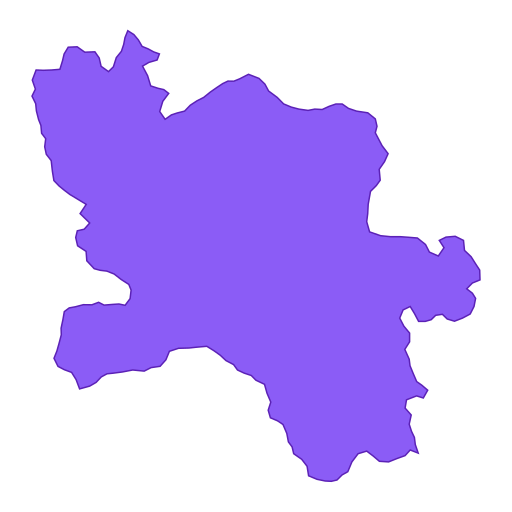 Porto Firme, Minas Gerais, Brazil (orthographic projection)
{"feature_id": "56859067B44651829175554", "entity_name": "Porto Firme", "entity_type": "district", "adm_level": 2, "iso_a3": "BRA", "parent_name": "Brazil", "parent_adm1": "Minas Gerais", "projection": "orthographic", "projection_center": [-43.082, -20.666], "detail": "fine", "context": "isolated", "style": "filled", "palette": "violet", "viewbox_px": 512, "rotation_deg": 0, "n_neighbors": 0, "source": "geoboundaries", "source_scale": "gbopen_adm2", "svg_char_len": 2988}
<svg xmlns="http://www.w3.org/2000/svg" viewBox="0 0 512 512"><path d="M127.8,30.7L125.0,37.6L123.7,44.4L121.4,51.3L116.3,57.6L113.4,66.8L108.5,71.6L101.1,66.3L99.2,58.0L94.9,51.8L84.8,52.2L77.2,46.8L68.2,47.2L64.1,54.0L62.5,60.8L59.9,69.3L51.6,70.0L43.4,70.3L36.1,70.0L32.3,80.1L35.4,89.1L32.0,96.1L35.7,103.7L36.4,110.9L38.6,119.6L40.9,125.4L41.6,133.3L45.7,138.7L44.7,146.8L46.3,154.3L51.2,160.6L52.4,171.3L53.9,180.6L59.1,186.0L64.1,190.1L69.9,194.5L78.2,199.5L86.2,204.4L80.1,213.6L84.8,218.2L89.7,223.0L84.2,229.2L77.3,230.8L75.7,237.5L77.6,245.8L86.1,251.4L86.8,260.8L94.2,268.7L100.2,270.3L106.8,271.1L114.1,274.0L121.2,279.5L128.8,284.4L131.1,290.1L130.1,298.6L125.1,305.3L119.0,304.0L112.7,304.4L104.1,305.1L98.6,302.3L91.9,304.8L83.3,304.7L75.3,306.8L69.2,307.9L64.3,311.6L62.9,319.7L61.1,328.2L61.3,334.8L59.1,343.2L56.9,351.0L54.0,358.3L58.0,366.4L64.3,369.7L71.6,372.4L76.1,379.6L79.6,388.9L89.7,386.1L96.1,382.4L101.3,376.9L107.0,373.8L112.9,373.2L122.2,372.0L132.7,370.0L144.2,371.1L151.1,367.6L160.1,366.3L165.9,359.8L169.4,351.3L178.5,348.3L189.0,348.0L196.4,347.2L206.8,346.3L213.9,350.7L220.2,355.2L226.0,360.6L233.6,364.6L237.5,370.0L244.1,373.1L251.3,375.5L255.9,380.2L264.5,384.3L267.0,393.2L270.8,402.1L268.2,410.2L270.4,417.8L277.5,420.8L283.0,424.5L286.8,433.4L288.4,441.9L292.1,446.9L293.7,453.7L301.7,459.3L307.1,466.3L308.6,475.8L317.0,479.3L325.2,481.0L331.3,481.3L337.0,480.0L342.1,474.9L347.8,471.7L351.9,461.9L358.1,453.7L366.7,451.1L373.3,456.1L379.4,461.3L388.6,461.9L396.8,458.6L405.1,455.6L410.2,450.0L418.2,453.1L415.3,444.6L414.4,437.4L411.5,431.3L409.2,424.2L411.2,415.0L405.1,408.1L406.5,399.8L416.6,395.9L423.3,398.0L427.7,390.2L421.7,385.1L416.7,381.6L413.2,373.5L410.0,365.7L409.2,359.2L404.8,349.4L409.6,341.8L409.6,333.1L403.9,326.2L399.7,318.1L403.1,309.9L410.2,306.5L414.5,313.6L418.6,321.4L425.2,321.4L431.2,319.7L435.7,315.3L442.4,314.3L447.2,319.0L454.5,321.2L462.5,318.1L470.2,314.0L474.0,306.5L475.6,298.4L472.4,293.2L466.7,288.8L472.4,283.0L480.0,279.9L479.7,270.1L475.9,264.3L471.1,256.7L464.5,250.4L463.5,240.4L455.2,236.3L446.0,237.1L439.3,240.4L444.0,247.7L438.3,256.0L429.4,252.1L425.5,244.5L417.4,238.0L408.8,237.3L400.5,236.7L390.6,236.7L380.6,235.7L369.6,231.9L366.7,221.7L367.7,213.8L368.2,204.3L370.5,191.4L376.3,185.6L380.2,180.2L379.2,169.3L384.5,161.7L388.1,153.7L382.0,145.6L378.4,138.7L375.3,132.8L377.0,126.3L375.3,118.9L367.8,112.8L356.5,111.1L348.5,108.4L342.2,104.0L335.9,104.0L329.2,106.3L322.2,109.5L314.8,109.1L308.1,110.4L298.9,109.1L291.3,107.1L283.6,103.9L277.2,97.4L268.6,91.0L264.9,84.1L259.0,78.4L248.5,74.3L239.7,78.8L233.8,81.2L227.9,81.1L222.7,83.6L216.7,87.6L210.4,92.0L203.7,97.4L197.0,100.8L190.3,105.2L184.6,111.1L177.1,113.0L171.4,114.9L165.1,119.3L159.7,111.5L162.8,101.3L168.7,93.4L163.8,89.6L158.1,88.3L150.7,85.9L147.6,75.7L142.5,66.1L148.9,62.4L157.1,60.0L159.4,53.9L153.7,51.9L148.2,48.9L142.1,46.4L138.4,40.0L133.9,34.6L127.8,30.7Z" fill="#8b5cf6" stroke="#5b21b6" stroke-width="1.5"/></svg>